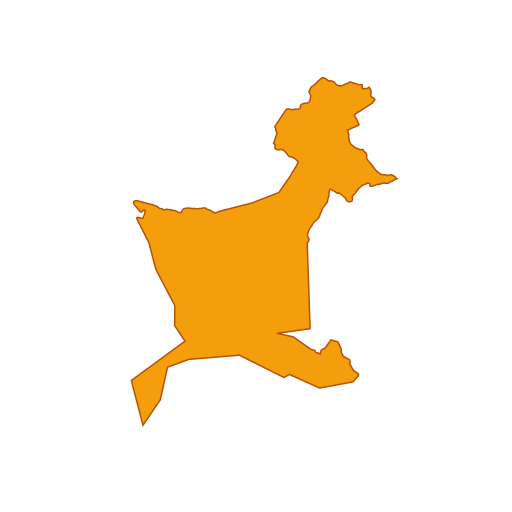 Santa María Alotepec, Oaxaca, Mexico, rotated 197°
{"feature_id": "50627088B19376593923850", "entity_name": "Santa María Alotepec", "entity_type": "district", "adm_level": 2, "iso_a3": "MEX", "parent_name": "Mexico", "parent_adm1": "Oaxaca", "projection": "orthographic", "projection_center": [-95.857, 17.081], "detail": "fine", "context": "isolated", "style": "filled", "palette": "amber", "viewbox_px": 512, "rotation_deg": 197, "n_neighbors": 0, "source": "geoboundaries", "source_scale": "gbopen_adm2", "svg_char_len": 6169}
<svg xmlns="http://www.w3.org/2000/svg" viewBox="0 0 512 512"><g transform="rotate(197 256 256)"><path d="M189.4,436.3L188.0,440.3L190.0,441.6L191.4,441.8L192.9,442.3L193.2,442.8L193.4,443.4L193.5,444.6L193.8,446.0L194.0,447.0L194.6,447.8L195.2,448.8L195.8,449.3L197.2,450.5L197.5,450.1L198.2,449.2L198.9,448.6L200.5,448.0L201.7,447.6L203.1,447.1L203.5,448.1L203.8,449.1L204.4,449.7L204.6,450.9L206.2,450.4L207.1,449.8L210.8,450.0L214.0,449.9L215.6,450.1L217.3,449.8L218.5,448.2L220.6,446.7L223.7,443.9L226.4,443.0L229.6,443.5L232.3,445.3L235.3,445.5L237.9,444.7L242.4,446.3L245.0,445.8L246.9,442.7L248.0,441.1L248.9,438.9L250.6,436.5L251.6,434.7L252.3,434.3L252.7,433.4L253.2,430.7L253.4,428.8L250.6,425.4L250.3,423.6L249.8,422.1L250.0,419.9L250.5,418.6L250.8,418.0L251.2,417.5L251.6,417.2L252.3,416.9L253.3,416.7L255.1,415.8L255.8,415.2L256.7,414.5L257.2,413.6L257.5,412.7L257.4,411.9L257.1,411.6L256.9,410.9L256.9,410.4L257.1,410.0L257.7,409.4L259.3,408.5L261.2,408.0L262.1,407.4L262.9,407.1L265.3,406.3L268.4,406.2L270.0,404.9L275.9,385.2L275.2,384.6L274.7,384.1L274.3,383.4L274.2,382.6L273.5,381.6L273.1,381.1L272.3,380.1L271.8,379.2L272.1,368.6L270.6,368.3L270.1,367.6L269.9,366.6L269.6,365.3L269.1,364.3L268.2,363.9L267.1,363.9L265.7,364.1L264.6,364.5L263.7,365.0L262.3,365.3L260.4,365.3L258.3,364.0L257.4,363.6L256.2,362.8L254.8,361.6L253.1,360.7L251.9,361.1L250.6,361.2L249.4,360.8L247.8,360.7L246.6,360.3L245.5,359.7L244.5,359.1L243.6,359.1L243.2,358.6L243.3,357.1L243.4,356.6L243.5,355.2L243.7,353.8L244.0,352.9L244.4,351.6L244.7,350.2L245.0,348.8L245.3,347.8L245.8,346.9L246.1,345.5L246.3,343.2L246.8,342.0L246.9,341.5L252.7,323.4L275.4,305.5L303.5,288.4L306.5,286.0L307.5,285.3L308.5,285.2L310.4,285.8L311.9,285.9L312.4,286.4L313.8,286.4L315.3,286.4L317.0,286.5L318.1,287.0L319.1,287.0L320.0,286.8L320.9,286.2L322.0,285.6L323.6,285.1L324.7,284.6L325.8,283.8L327.8,283.5L328.9,283.5L330.0,283.0L330.8,282.8L331.5,282.6L333.1,282.5L334.3,282.0L335.3,282.0L336.3,281.4L337.5,281.0L339.4,279.5L340.2,276.2L340.7,275.3L342.5,275.2L343.3,275.0L344.1,275.3L344.9,275.7L345.4,275.7L347.1,275.7L347.7,275.6L349.3,275.1L350.9,275.5L351.2,275.2L352.7,274.9L353.8,274.7L355.1,274.7L356.8,273.4L357.9,273.1L359.7,273.7L361.2,273.4L362.6,273.4L363.7,273.9L364.7,274.2L365.7,274.5L368.2,274.8L384.7,274.2L385.6,274.1L386.2,274.0L387.0,273.8L387.9,273.3L388.5,272.8L388.8,272.3L388.9,271.7L388.8,271.2L388.4,270.4L388.1,270.1L387.3,269.5L386.8,269.2L386.0,268.5L385.4,268.1L384.8,267.9L384.2,267.5L383.4,266.9L382.5,266.3L381.7,266.0L381.2,265.4L380.7,264.9L380.2,264.7L379.4,264.5L378.7,264.5L378.1,264.7L377.7,265.2L377.3,266.6L376.9,267.2L376.2,267.5L375.7,267.3L375.5,266.7L375.1,266.1L374.9,265.2L374.8,263.5L375.2,260.7L375.0,259.5L375.5,258.8L377.0,258.4L378.3,258.7L379.2,258.6L380.1,258.3L380.9,258.2L381.2,257.2L362.1,237.1L347.9,214.0L319.2,184.9L313.4,165.6L299.0,153.8L338.8,100.5L314.6,61.1L305.5,90.4L308.1,123.8L290.0,137.5L242.9,156.3L193.7,148.0L189.4,152.5L156.6,148.3L126.3,164.1L125.2,166.6L124.8,167.5L124.5,168.5L123.7,169.8L123.1,171.4L123.2,172.5L123.7,173.1L124.9,173.7L126.3,174.2L127.3,174.3L128.1,174.7L129.0,174.9L130.2,175.8L130.9,176.5L131.2,176.8L132.3,177.8L133.1,178.8L133.8,179.4L134.3,179.7L134.8,180.3L135.0,180.8L135.0,182.0L135.3,182.7L135.6,183.3L135.8,183.8L136.7,184.3L137.4,184.2L138.8,184.7L141.1,185.1L143.4,185.7L143.9,186.2L144.4,187.1L145.0,187.6L145.5,187.9L146.0,188.5L146.5,189.3L146.9,190.3L147.1,191.2L147.5,192.3L148.1,192.8L148.9,193.7L149.5,194.2L149.9,195.1L150.5,195.8L151.7,196.7L152.5,197.8L159.8,197.7L162.8,188.8L163.4,187.8L164.3,186.8L165.2,186.1L166.1,185.1L166.1,183.8L166.1,181.0L166.7,181.3L170.2,181.3L171.0,181.5L171.6,182.0L171.9,182.7L173.3,183.0L174.3,182.9L174.9,182.7L176.1,182.8L197.0,189.6L213.5,188.1L183.0,202.3L210.8,283.3L210.0,285.6L210.0,287.0L210.7,288.2L211.5,288.7L212.2,290.0L212.8,291.0L213.1,292.7L213.1,293.9L213.0,295.6L212.8,297.1L212.3,298.9L211.5,301.2L211.0,303.7L210.6,304.8L210.1,305.8L209.0,307.7L208.2,308.8L207.8,310.0L206.9,311.8L206.9,313.7L206.7,317.9L206.3,319.1L206.3,320.4L206.0,321.7L205.7,322.8L204.9,324.5L204.4,326.2L203.7,327.8L203.6,328.9L203.8,330.6L203.9,332.6L203.8,334.5L204.7,337.7L204.9,339.8L204.4,341.8L203.5,341.6L202.1,341.2L200.6,341.0L199.8,340.8L198.1,340.3L197.4,340.0L196.5,339.7L195.9,339.9L195.6,340.6L194.8,340.5L193.6,340.1L191.8,339.4L189.4,338.6L188.5,337.8L187.4,337.6L186.7,336.7L186.1,336.5L185.9,335.8L184.8,335.2L184.1,334.9L183.2,335.0L182.3,335.1L181.8,335.6L180.4,336.3L180.4,338.3L180.5,339.4L181.4,340.5L180.6,342.9L180.0,343.8L179.1,346.0L178.5,347.9L177.2,351.2L176.1,352.8L174.9,354.8L173.5,355.8L171.6,357.4L170.5,358.5L168.6,358.6L168.3,357.9L167.2,356.1L166.4,356.3L165.9,356.5L165.1,357.0L164.1,357.3L163.2,358.2L162.1,359.1L160.8,360.0L159.9,360.1L157.7,361.5L156.6,362.4L155.9,362.8L154.6,363.3L153.3,363.5L151.7,363.8L150.8,364.4L150.1,365.0L149.6,365.8L148.6,366.7L147.5,367.5L146.4,368.8L145.5,369.7L144.8,370.2L143.8,371.1L144.9,371.1L144.9,371.5L145.6,372.1L146.4,372.5L147.6,372.9L148.6,373.0L150.0,373.4L150.7,373.2L151.8,372.4L153.2,372.0L153.9,371.5L155.0,371.4L156.3,371.5L158.4,370.8L159.5,370.8L160.7,370.7L162.5,371.3L166.3,372.9L169.4,375.0L170.0,375.4L170.7,376.1L171.5,376.6L172.7,377.6L175.1,379.0L176.1,379.5L177.3,380.5L178.3,381.1L178.8,381.8L179.2,383.0L179.4,384.3L180.0,385.5L180.9,386.6L181.7,387.1L183.2,387.5L184.9,389.1L185.4,388.8L186.0,388.5L187.0,388.5L187.9,388.0L188.8,388.2L189.6,388.6L191.0,388.3L193.2,388.7L193.9,388.9L197.7,390.5L198.9,391.6L199.8,392.4L200.8,394.2L201.2,394.8L202.4,397.6L202.5,398.7L203.1,399.7L203.5,400.5L204.6,402.3L205.6,403.1L205.1,403.2L204.8,403.3L204.3,403.6L203.7,404.3L203.5,404.6L202.7,405.2L202.3,405.8L201.8,406.2L199.8,407.9L199.4,408.3L198.7,408.8L198.2,409.5L197.4,410.2L196.6,410.6L196.3,410.8L196.0,411.2L196.0,411.6L196.2,412.1L196.4,412.4L197.0,412.9L197.6,413.7L198.6,414.8L199.2,415.5L199.9,416.5L200.9,417.2L201.6,417.8L202.7,419.2L203.0,419.7L202.9,420.1L202.5,420.9L202.2,421.4L201.4,422.0L201.1,422.5L201.1,423.1L200.1,423.6L198.5,425.4L196.3,428.2L193.2,431.8L189.4,436.3Z" fill="#f59e0b" stroke="#b45309" stroke-width="1.5"/></g></svg>